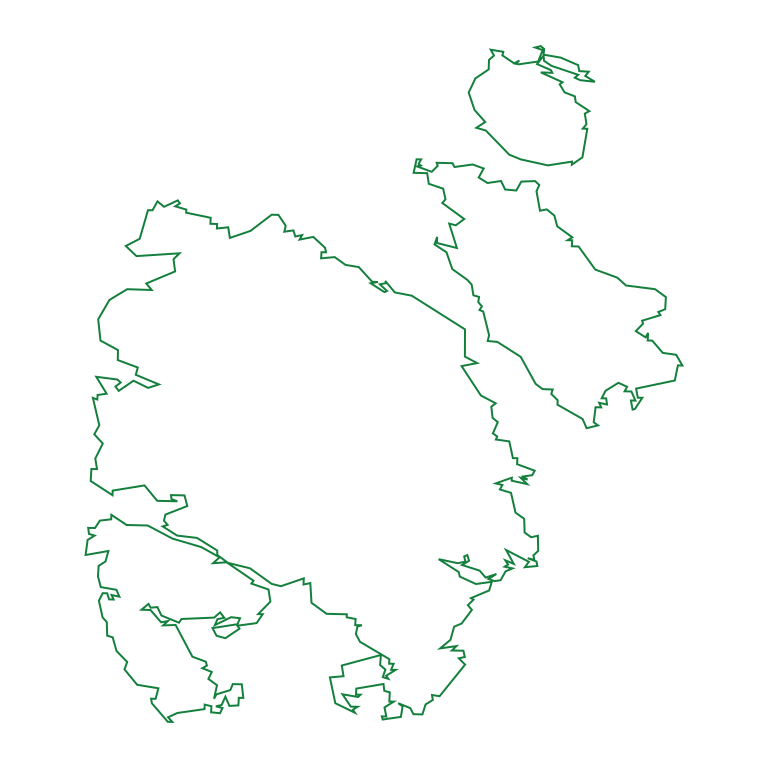 the district of Bokn nor, Rogaland, Norway
{"feature_id": "86288312B12151058165586", "entity_name": "Bokn nor", "entity_type": "district", "adm_level": 2, "iso_a3": "NOR", "parent_name": "Norway", "parent_adm1": "Rogaland", "projection": "robinson", "projection_center": [5.436, 59.216], "detail": "fine", "context": "isolated", "style": "outline", "palette": "green", "viewbox_px": 768, "rotation_deg": 0, "n_neighbors": 0, "source": "geoboundaries", "source_scale": "gbopen_adm2", "svg_char_len": 6070}
<svg xmlns="http://www.w3.org/2000/svg" viewBox="0 0 768 768"><path d="M164.0,206.8L157.5,201.4L152.5,210.3L148.0,210.2L139.7,238.8L125.8,246.0L136.5,256.1L179.5,253.3L173.5,259.2L175.1,271.4L146.3,283.5L151.7,290.0L127.2,289.2L116.4,295.7L109.4,300.0L98.2,319.4L100.5,340.6L118.0,350.1L117.8,360.1L137.8,367.5L135.8,374.8L158.9,384.4L148.1,387.9L133.5,380.7L118.7,390.9L115.5,386.6L120.7,382.5L117.3,379.5L96.3,376.8L106.6,393.7L97.6,395.0L97.3,399.5L92.9,397.9L99.3,425.3L94.3,434.3L102.8,443.5L95.3,458.5L97.0,469.1L91.4,469.0L90.7,481.0L112.5,495.2L112.7,490.6L144.5,485.4L157.2,500.8L177.4,501.3L171.5,499.1L171.0,495.1L184.5,495.4L187.3,506.0L165.4,514.6L164.0,520.6L167.6,524.9L162.7,526.4L177.2,535.6L197.0,537.9L217.2,550.5L217.3,555.0L228.0,562.9L250.0,568.3L271.7,583.9L280.9,586.2L303.8,578.4L303.5,584.5L310.3,583.1L311.5,602.8L326.6,613.8L346.8,614.3L346.7,617.3L355.6,619.0L355.2,625.1L362.0,625.2L357.4,626.6L355.9,634.1L360.0,641.8L389.4,659.2L389.1,663.7L393.6,663.8L391.1,669.8L395.6,669.9L386.2,675.7L388.3,678.8L382.8,677.1L385.4,669.6L380.1,665.0L380.9,655.0L341.8,665.5L343.5,676.2L329.9,677.4L335.3,703.2L355.0,712.8L352.9,709.7L357.6,706.8L350.8,706.6L342.5,694.3L358.1,697.0L360.5,694.7L356.0,694.6L356.3,688.6L383.5,684.0L384.3,690.8L389.8,692.4L389.3,701.5L393.8,701.6L384.5,707.4L386.3,716.5L381.8,716.4L382.7,719.5L400.9,716.9L402.6,706.4L398.2,703.2L410.3,708.1L413.4,714.2L422.4,714.4L425.6,704.4L432.8,700.0L432.0,695.0L439.6,696.2L465.1,664.6L458.8,658.3L464.8,657.0L463.4,650.7L451.9,650.5L456.4,646.1L440.2,648.4L450.5,639.8L454.1,626.7L461.6,623.5L471.9,609.9L467.9,605.2L473.5,599.7L471.0,598.1L489.1,590.5L491.8,581.8L475.9,584.0L459.8,576.6L458.7,572.0L438.7,559.2L457.8,563.2L465.4,561.7L464.2,556.4L467.3,555.1L469.1,560.7L462.0,565.0L479.6,570.6L485.6,577.6L496.4,574.0L488.5,579.0L494.5,581.1L500.6,580.2L505.6,571.3L512.5,568.4L504.7,566.7L508.1,564.6L505.3,560.3L513.8,563.9L506.1,550.0L528.9,561.8L524.9,567.2L537.3,566.0L536.5,561.5L527.7,558.2L534.3,559.9L533.4,555.4L538.2,550.9L537.9,535.8L531.1,537.2L524.6,532.5L524.2,518.8L515.5,512.6L511.0,492.8L499.9,489.5L502.4,485.0L495.8,483.4L511.8,477.7L511.7,480.7L527.2,484.1L520.8,477.9L527.5,479.6L523.1,476.5L532.2,475.2L534.7,470.7L517.1,464.2L517.4,458.2L512.9,458.1L509.3,441.4L495.9,439.5L497.2,436.5L492.9,433.4L497.8,422.1L492.6,417.9L491.3,406.7L495.7,403.3L480.9,395.5L461.6,366.1L477.1,363.1L464.9,356.6L465.0,329.4L411.8,295.7L394.8,292.4L385.1,280.8L386.7,283.0L379.9,284.3L387.0,291.0L384.4,292.1L370.7,283.3L377.9,282.0L372.2,281.8L358.8,267.1L345.5,264.9L334.7,257.1L321.1,258.3L321.5,252.2L326.0,252.3L325.1,247.8L313.3,236.9L299.6,239.6L302.1,235.1L295.3,236.5L293.4,230.4L284.3,231.7L285.7,225.7L278.4,214.9L271.7,214.7L250.5,230.9L229.9,237.9L228.2,227.3L216.9,228.5L217.1,224.0L210.4,223.8L210.7,217.8L186.2,212.7L186.3,209.6L175.3,206.3L179.9,203.4L177.8,200.4L164.0,206.8ZM421.1,159.4L416.6,159.3L413.6,172.8L427.2,173.2L428.8,183.8L443.2,188.7L445.5,199.3L442.3,203.0L464.2,219.0L455.8,225.3L449.2,223.6L456.9,248.0L436.9,243.0L437.2,236.9L434.5,244.4L446.5,252.3L452.3,269.1L467.5,280.0L471.7,284.7L473.4,295.3L479.0,296.9L478.3,302.2L481.9,306.4L479.5,310.0L483.2,311.5L489.1,335.2L487.7,341.0L497.3,341.9L520.7,356.8L535.6,383.8L542.5,389.1L552.7,389.5L551.3,394.0L557.7,400.2L557.5,404.7L582.6,419.0L586.6,428.2L598.0,425.4L593.7,422.3L595.6,407.2L601.2,407.4L599.2,402.8L607.0,404.5L606.2,398.4L601.7,398.3L605.5,390.8L618.4,382.8L627.1,386.8L624.6,391.3L631.4,391.5L635.4,400.6L630.9,400.5L632.6,409.6L634.9,409.0L642.3,397.8L637.8,397.7L636.1,388.6L674.8,380.5L677.9,365.4L682.4,365.5L676.2,354.8L662.8,352.9L652.2,340.6L647.7,340.5L648.1,332.9L645.6,337.4L635.8,331.1L643.0,323.7L642.1,320.7L660.4,315.1L658.3,312.0L665.2,309.2L665.9,297.1L655.1,289.2L626.0,285.5L617.4,277.7L595.3,269.6L578.6,246.5L571.8,246.3L572.2,240.3L567.7,240.2L572.3,237.3L557.2,226.3L554.4,215.6L546.8,209.4L540.0,210.7L536.5,191.2L539.3,185.0L535.1,181.1L521.3,181.6L516.3,190.5L505.1,189.5L501.1,181.0L487.5,183.0L478.7,177.5L483.7,168.5L472.7,164.5L454.5,167.0L452.5,163.2L436.7,162.8L437.7,165.9L431.7,171.8L417.0,166.4L420.8,165.5L418.6,163.9L421.1,159.4ZM126.6,525.0L111.4,514.8L111.2,519.3L99.9,520.6L95.0,528.0L88.2,527.9L89.0,533.9L94.6,535.6L87.6,539.9L85.6,555.0L108.4,551.0L105.5,561.5L98.6,565.9L98.0,576.5L100.8,587.1L116.4,589.8L119.4,596.7L111.6,595.0L113.6,599.5L109.1,599.4L107.2,593.3L102.7,593.2L98.9,600.7L102.6,617.4L106.8,622.1L107.2,635.7L112.7,637.3L116.5,651.0L127.2,661.9L124.5,669.4L137.2,684.8L158.4,688.3L155.6,698.8L151.1,698.7L151.9,703.3L167.8,721.8L172.3,721.9L168.1,717.3L177.3,713.0L204.5,709.1L204.7,704.6L211.4,706.2L211.1,712.3L220.0,713.2L222.5,708.0L215.9,706.3L221.6,705.0L225.4,696.7L229.4,705.9L238.4,705.4L238.8,697.8L243.3,697.9L241.8,684.3L232.8,684.1L230.3,690.1L216.5,694.3L214.0,698.7L217.0,685.2L208.4,678.9L211.8,672.0L202.4,668.2L206.9,665.6L205.8,661.7L192.4,656.7L175.6,625.0L163.1,625.4L167.9,621.0L161.1,622.3L150.5,610.0L141.5,609.7L148.5,603.9L150.6,607.7L157.4,607.1L161.4,615.5L179.0,622.7L181.5,619.0L214.2,617.6L220.1,612.4L224.3,617.8L217.5,619.1L214.9,625.1L231.1,617.2L240.0,618.2L237.5,624.2L212.5,628.1L216.6,635.8L225.4,638.2L239.5,628.7L237.4,625.7L256.6,623.1L262.7,614.2L258.2,614.1L270.4,601.6L268.5,589.5L251.4,583.6L253.5,580.7L226.6,562.3L213.1,563.2L219.6,557.3L201.3,547.1L172.5,538.6L147.7,525.5L126.6,525.0ZM503.3,51.8L490.7,49.7L494.0,55.6L489.0,59.9L488.7,69.4L475.4,78.4L468.7,92.5L474.5,109.9L485.2,122.0L476.4,127.8L485.8,130.5L509.3,154.7L520.8,159.4L547.9,165.4L572.0,161.6L571.8,164.7L582.4,157.4L587.3,128.8L582.8,128.6L586.5,124.2L584.8,113.6L589.3,111.1L575.7,102.1L574.9,96.4L564.6,92.4L559.7,84.3L562.5,82.2L540.8,72.4L552.3,72.8L550.9,70.1L537.1,64.1L543.6,55.6L544.0,60.8L551.6,65.9L578.2,74.8L574.8,77.7L580.2,80.2L594.9,81.8L585.3,76.0L588.7,71.7L579.3,71.1L578.1,65.1L560.7,57.6L543.6,54.7L544.1,48.9L540.7,46.1L535.2,47.5L542.7,50.1L538.2,61.5L518.8,64.3L515.5,63.7L519.4,60.5L514.2,63.4L502.4,55.4L503.3,51.8Z" fill="none" stroke="#15803d" stroke-width="2"/></svg>